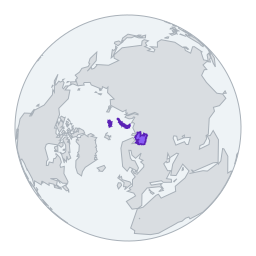 Arkhangel'sk on an orthographic globe, rotated 281°
{"feature_id": "RUS-2354", "entity_name": "Arkhangel'sk", "entity_type": "Region", "adm_level": 1, "iso_a3": "RUS", "parent_name": "Russia", "parent_adm1": "", "projection": "orthographic", "projection_center": [52.194, 71.252], "detail": "fine", "context": "on_globe", "style": "filled", "palette": "violet", "viewbox_px": 256, "rotation_deg": 281, "n_neighbors": 0, "source": "natural_earth", "source_scale": "10m", "svg_char_len": 16482}
<svg xmlns="http://www.w3.org/2000/svg" viewBox="0 0 256 256"><g transform="rotate(281 128 128)"><circle cx="128" cy="128" r="113" fill="#eef3f6" stroke="#a8b0b8"/><path d="M70.5,31.1L84.0,24.3L87.8,22.9L89.5,22.7L106.4,20.6L95.4,20.7L100.4,19.6L106.0,19.1L104.7,19.7L110.8,20.3L116.4,20.3L122.9,23.4L123.9,30.0L121.0,29.2L121.6,31.0L125.3,32.2L127.5,32.6L134.5,41.3L146.1,47.4L151.4,46.9L149.0,49.0L160.1,46.7L167.4,49.0L158.1,47.9L156.4,48.9L160.9,51.2L160.1,52.8L161.8,54.9L160.4,56.6L155.1,56.0L154.1,57.1L157.3,58.7L158.0,61.5L153.4,59.0L154.1,63.8L145.3,63.8L134.1,56.3L128.2,58.2L113.9,55.8L114.2,57.7L109.0,58.2L107.3,60.6L105.2,59.6L105.7,62.4L108.1,62.9L109.1,64.4L108.3,65.9L105.4,64.8L105.4,63.9L104.1,64.4L103.0,63.2L103.1,64.6L99.7,63.2L101.9,66.9L98.2,67.6L96.3,66.0L98.0,63.3L97.7,53.1L96.3,50.9L92.5,50.4L82.1,55.6L79.8,54.4L75.6,55.0L76.2,56.9L79.6,57.2L79.5,61.0L83.8,61.0L84.4,62.6L88.1,63.9L85.9,66.9L81.7,69.1L78.5,68.3L76.5,69.3L78.2,72.8L71.0,73.8L63.9,79.3L62.2,79.3L61.3,74.4L64.7,67.5L63.6,61.5L62.6,68.7L58.4,68.7L57.0,70.2L56.2,72.1L57.1,73.4L55.3,74.2L55.6,67.3L57.3,66.5L57.2,68.6L58.7,65.5L58.9,61.0L56.7,61.5L59.2,54.6L57.7,54.9L57.4,53.7L59.7,53.6L55.7,53.6L58.3,46.4L53.0,47.3L60.1,43.6L63.7,40.7L67.8,37.3L66.9,37.4L73.4,33.2L77.3,29.7L76.0,28.7L71.7,30.6L64.8,35.1L63.9,36.1L59.6,39.6L60.0,38.2L52.0,44.9L51.6,45.2L60.7,37.7L70.5,31.1ZM39.1,58.8L36.8,62.0L36.2,62.8L39.1,58.8ZM35.2,64.2L34.8,64.9L32.5,68.3L27.0,78.5L27.1,78.0L23.1,87.0L26.5,79.1L30.6,71.4L35.2,64.2ZM177.8,27.1L177.7,27.2L176.2,26.3L177.8,27.1ZM178.7,27.8L178.5,27.6L178.9,27.9L178.7,27.8ZM179.6,28.3L178.9,27.9L179.8,28.4L179.6,28.3ZM181.0,29.1L180.2,28.7L180.3,28.7L181.0,29.1ZM52.0,47.1L42.9,56.1L46.8,51.3L46.3,52.1L48.9,49.7L53.2,45.7L56.9,41.9L52.0,47.1ZM182.9,30.3L183.3,30.6L182.6,30.2L182.9,30.3ZM50.8,50.5L52.3,49.0L51.1,50.4L50.8,50.5ZM128.7,32.5L125.4,32.1L122.4,30.4L125.2,30.6L128.7,32.5ZM134.3,36.1L132.5,36.3L132.1,34.1L133.2,34.7L134.3,36.1ZM155.4,46.3L152.9,45.3L155.6,45.7L155.4,46.3ZM162.3,54.8L163.2,54.6L163.7,55.8L162.3,54.8ZM89.1,62.2L88.6,63.0L88.1,62.3L89.1,62.2ZM91.1,62.0L91.0,60.6L91.9,60.3L92.0,61.2L91.1,62.0ZM162.1,59.6L162.5,61.6L161.1,59.4L162.1,59.6ZM91.1,63.8L93.7,60.0L95.3,59.5L97.1,62.4L91.1,63.8ZM162.2,62.7L163.4,67.6L165.6,67.5L159.9,70.7L160.8,65.4L158.7,62.7L160.9,63.6L162.2,62.7ZM109.1,62.4L106.6,62.0L109.4,61.0L109.1,62.4ZM110.6,61.5L117.7,56.5L121.0,58.0L118.0,59.3L122.8,60.3L120.9,63.4L117.9,63.6L116.1,62.0L116.7,64.5L110.6,61.5ZM156.6,71.8L156.1,72.9L155.6,71.6L156.6,71.8ZM109.7,64.9L110.8,63.7L113.8,64.9L112.0,67.5L111.6,66.3L109.7,64.9ZM125.0,59.0L126.9,60.4L125.9,63.4L126.5,64.3L121.2,63.7L125.0,59.0ZM110.6,66.8L111.1,68.8L109.0,69.6L108.8,66.1L110.6,66.8ZM115.3,64.2L116.6,64.9L115.3,65.3L115.3,64.2ZM102.0,73.8L103.2,72.3L104.9,72.8L102.0,73.8ZM111.4,69.5L112.1,69.2L112.9,69.3L112.8,70.7L111.4,69.5ZM120.9,65.8L120.0,66.7L123.0,66.2L122.3,68.4L118.9,67.6L120.1,68.9L120.0,69.6L117.4,68.2L120.9,65.8ZM115.1,72.4L110.5,72.2L107.8,74.9L106.2,74.5L110.9,70.3L115.1,72.4ZM116.7,70.0L115.3,71.4L114.1,70.2L114.2,68.5L116.7,70.0ZM123.2,70.3L125.0,67.1L125.7,67.4L123.2,70.3ZM114.5,73.4L115.6,73.4L114.5,73.7L114.5,73.4ZM120.8,71.5L121.3,70.3L122.1,70.7L120.8,71.5ZM117.4,74.5L115.9,74.4L116.0,73.3L117.4,74.5ZM119.1,73.3L120.1,74.1L116.9,72.9L119.3,72.7L119.1,73.3ZM121.4,72.0L122.0,71.9L121.1,72.5L121.4,72.0ZM118.1,79.0L114.1,77.8L114.2,75.2L118.1,76.7L118.1,79.0ZM58.4,216.6L59.3,217.1L58.0,215.4L50.6,206.2L52.2,204.7L50.5,201.8L46.8,198.8L45.0,195.2L42.9,192.9L30.6,178.2L27.6,170.3L25.7,154.4L28.5,154.2L30.3,149.7L50.4,152.6L53.2,158.0L67.3,168.4L68.8,170.5L65.5,173.9L74.9,186.9L79.8,185.5L89.8,193.5L97.5,196.1L103.0,188.6L90.5,184.2L89.8,179.0L101.2,178.8L112.4,182.5L112.6,180.6L106.8,174.7L110.7,171.9L104.9,172.3L106.3,174.8L102.7,175.1L101.3,172.8L102.7,171.9L99.7,169.9L93.6,175.0L94.3,178.0L85.6,175.4L85.9,180.3L83.1,181.1L81.4,173.0L82.6,170.9L78.5,159.9L76.4,161.8L80.2,172.4L78.4,170.7L75.7,173.7L76.4,170.1L72.8,158.2L65.8,154.3L54.6,156.3L51.0,153.1L49.1,147.5L55.6,140.4L62.8,148.4L65.2,146.1L65.8,139.4L67.9,142.4L69.1,140.7L72.0,143.4L78.1,142.3L81.4,144.4L85.8,139.5L88.1,140.0L84.8,142.7L84.4,145.8L92.8,150.9L95.0,150.5L97.1,146.9L99.1,148.9L100.2,144.8L105.9,145.7L99.7,141.2L102.1,137.1L106.6,135.2L106.3,133.1L98.9,136.1L97.0,138.1L97.1,141.0L90.8,145.9L87.5,145.2L89.8,137.2L85.4,135.4L89.2,130.1L106.8,124.9L113.2,125.2L119.7,134.7L117.1,137.1L113.4,134.8L115.0,140.9L115.7,138.5L117.4,140.1L120.1,136.7L121.4,137.7L121.7,132.8L123.7,133.7L123.5,136.8L129.1,132.7L133.6,133.5L134.3,132.1L133.6,130.4L139.8,132.6L140.0,131.5L138.1,130.3L137.2,127.3L138.0,123.0L140.1,124.0L140.1,125.7L143.2,130.9L142.8,135.3L143.7,135.3L144.6,131.7L140.8,125.4L140.7,122.5L142.9,125.2L142.1,124.0L142.7,122.9L145.3,122.7L143.0,119.7L147.0,106.6L152.3,105.2L153.8,108.9L158.8,101.2L164.4,100.5L162.6,99.3L163.7,95.0L162.0,95.2L161.2,94.4L163.3,83.7L165.5,82.1L164.3,76.4L163.4,75.9L161.8,76.8L159.9,70.7L165.6,67.5L167.5,68.9L169.8,66.1L173.6,69.7L177.8,71.4L180.7,77.2L183.8,78.2L184.3,77.0L189.0,77.5L196.6,82.9L188.0,83.9L176.0,77.2L180.7,80.3L178.9,81.3L180.1,83.4L183.5,85.5L184.3,84.8L185.9,97.0L192.5,106.0L193.9,101.1L197.0,100.3L205.6,106.9L211.8,125.6L216.0,125.2L217.8,127.0L217.5,131.4L214.9,128.8L212.5,130.9L211.1,128.8L209.8,135.2L207.7,132.6L207.6,138.9L210.1,139.5L212.1,134.7L213.0,141.5L217.9,140.4L221.0,143.8L221.1,157.6L217.5,166.5L217.8,168.0L215.1,169.5L213.4,175.2L220.0,175.9L220.5,177.6L216.9,186.1L216.5,185.2L209.3,189.2L209.3,193.9L214.8,191.7L216.8,192.8L213.2,195.9L211.0,195.0L208.5,196.3L208.2,192.7L204.2,189.6L200.4,194.2L199.8,191.8L193.7,190.2L187.8,196.2L179.1,208.5L179.4,214.4L175.8,218.4L167.4,213.5L164.6,207.9L161.0,209.7L152.9,205.9L137.2,208.0L135.5,206.1L132.4,207.2L126.8,205.4L124.5,202.0L120.8,202.1L127.3,210.7L131.3,210.5L135.3,207.2L136.3,210.1L141.8,212.1L133.8,219.0L111.4,223.0L110.1,218.3L98.0,200.7L98.9,199.0L98.9,198.8L98.8,198.4L96.7,200.9L95.0,197.0L100.4,209.8L100.9,214.2L111.0,223.2L109.8,223.6L113.4,225.4L125.9,224.8L125.8,226.1L119.3,231.4L102.8,234.5L105.5,237.4L105.3,238.2L100.3,237.2L91.3,234.5L82.5,231.1L74.1,226.9L66.1,222.1L58.4,216.6ZM41.8,156.0L40.9,157.2L41.8,156.0ZM123.3,190.3L130.7,191.0L129.1,185.0L131.8,184.8L130.2,182.8L128.9,184.5L125.4,179.0L129.2,177.4L129.1,174.5L126.7,174.2L120.3,178.2L125.3,186.0L122.9,188.3L123.3,190.3ZM26.8,78.8L26.0,80.4L26.8,78.7L26.8,78.8ZM46.6,50.9L45.0,52.8L44.0,53.8L45.1,52.5L46.6,50.9ZM34.9,67.0L33.3,69.4L34.6,67.1L34.9,67.0ZM41.7,57.6L36.0,65.1L38.6,60.8L42.2,56.2L40.1,59.1L41.7,57.6ZM50.2,49.8L49.1,51.0L49.0,50.7L50.2,49.8ZM49.9,51.5L50.3,51.1L51.1,50.5L49.9,51.5ZM58.4,69.1L58.3,69.7L57.2,71.6L57.1,70.6L58.4,69.1ZM56.3,81.4L53.4,82.4L55.4,80.9L54.6,79.5L57.8,74.8L61.5,79.1L59.3,77.9L56.3,81.4ZM63.1,69.8L60.6,72.2L63.2,69.4L63.1,69.8ZM72.4,129.0L72.7,131.4L70.6,132.7L66.4,130.3L69.4,128.4L72.4,129.0ZM73.7,134.6L77.1,127.5L79.9,128.8L77.7,129.2L79.2,130.8L76.2,132.0L75.4,140.3L73.5,142.0L66.8,136.4L70.0,137.3L69.5,134.8L73.7,134.6ZM81.2,108.1L82.8,105.3L86.7,111.7L84.8,113.5L80.5,111.2L80.2,107.6L81.2,108.1ZM93.7,69.7L94.0,68.4L94.8,68.7L95.2,70.0L93.7,69.7ZM102.4,73.1L93.0,75.7L93.0,74.3L87.6,77.6L85.3,75.3L88.8,73.3L83.0,74.0L85.3,71.2L81.4,72.2L89.5,67.8L91.4,65.4L90.2,68.9L92.3,71.1L93.8,71.3L99.2,70.1L104.2,66.1L107.0,67.7L107.7,69.9L107.0,71.1L105.4,69.7L105.5,72.3L102.6,71.2L102.4,73.1ZM114.4,96.0L112.8,93.6L112.6,99.2L109.7,97.9L109.9,98.6L107.1,99.0L104.1,100.7L103.0,99.6L102.3,100.8L100.4,101.1L99.1,102.3L96.6,100.9L94.8,102.3L94.7,100.8L92.2,103.6L92.9,100.9L90.7,101.1L91.1,103.6L81.2,93.5L76.5,91.6L72.1,91.5L74.1,87.0L79.4,84.2L86.1,83.1L90.3,85.7L90.4,83.3L92.5,83.8L91.6,85.5L94.3,83.2L95.7,84.2L101.7,83.5L104.7,79.7L106.9,79.5L106.5,81.4L109.0,79.8L109.7,83.2L111.3,83.1L113.6,86.5L111.8,90.4L113.7,90.0L115.5,92.6L114.4,96.0ZM118.6,80.0L117.1,84.8L114.8,86.5L111.8,80.0L110.2,79.6L108.2,75.5L111.7,73.2L111.9,74.6L113.0,75.4L111.5,75.8L113.5,76.0L113.9,77.9L115.5,78.7L114.6,80.0L118.6,80.0ZM71.5,170.3L72.8,171.5L75.2,172.8L73.5,174.7L71.5,170.3ZM68.9,162.2L70.2,162.9L69.0,166.1L67.6,164.9L68.9,162.2ZM72.0,160.5L70.4,162.6L70.5,160.8L72.0,160.5ZM86.2,143.1L87.8,143.6L87.5,144.6L86.2,145.4L86.2,143.1ZM113.2,112.7L112.7,110.9L113.4,110.6L114.5,106.7L116.8,107.4L117.0,110.0L113.2,112.7ZM100.3,189.5L97.5,190.4L96.6,189.2L97.7,189.1L100.3,189.5ZM84.4,183.0L87.5,185.7L83.9,183.5L84.4,183.0ZM115.9,112.8L116.1,111.1L117.1,112.5L115.9,112.8ZM118.5,107.7L119.8,109.1L117.2,107.0L118.5,107.7ZM112.7,239.6L113.4,239.6L119.5,240.0L122.2,239.7L124.7,240.4L122.6,240.5L112.7,239.6ZM227.7,180.3L220.6,191.9L217.5,195.8L218.5,194.3L223.5,187.3L227.7,180.3ZM218.2,194.6L213.2,199.4L204.6,202.1L207.7,199.4L216.3,194.1L215.8,195.2L218.9,192.7L218.2,194.6ZM229.5,175.1L229.0,177.3L225.2,183.6L223.4,186.3L222.2,186.2L222.9,184.1L224.5,181.8L229.3,168.5L231.2,166.1L230.0,170.8L231.5,169.4L229.5,175.1ZM180.0,214.7L183.0,216.2L180.9,217.8L180.0,214.7ZM230.3,161.5L229.0,167.4L229.9,161.2L230.3,161.5ZM230.3,156.8L230.8,157.6L229.7,158.2L230.3,156.8ZM218.6,169.7L217.0,172.4L216.5,171.6L218.3,167.8L218.6,169.7ZM223.3,146.6L224.9,149.2L225.2,150.6L223.7,150.3L223.3,146.6ZM135.4,117.2L131.3,121.8L129.9,125.7L131.5,128.9L127.6,126.5L129.7,120.4L135.4,117.2ZM145.3,107.8L143.9,105.1L145.6,105.0L146.2,105.6L145.3,107.8ZM143.7,107.1L139.9,106.2L139.8,103.9L142.9,105.0L143.7,107.1ZM127.8,109.5L126.4,110.8L125.6,109.6L127.8,109.5ZM238.8,148.3L238.7,148.7L239.3,145.1L238.3,150.2L239.5,143.7L239.6,143.0L238.8,148.3ZM236.5,157.9L236.4,158.5L236.0,159.7L236.5,157.9ZM238.2,151.5L237.0,156.4L237.1,155.7L238.2,151.5L238.2,151.5ZM232.4,167.8L232.9,167.6L234.6,162.9L233.3,166.9L234.1,165.6L233.6,167.1L232.9,168.2L232.1,170.9L231.4,172.6L231.2,172.1L232.2,168.5L232.9,165.9L235.7,158.2L232.4,167.8ZM237.2,154.5L236.9,154.6L237.1,152.9L237.5,152.2L237.2,154.5ZM235.3,155.2L233.8,156.7L232.8,160.1L234.3,152.2L235.6,152.0L235.3,155.2ZM233.3,154.3L232.5,157.5L233.0,153.5L233.3,154.3ZM232.0,157.6L231.4,156.8L232.3,154.9L232.0,157.6ZM233.8,153.0L233.2,150.5L234.0,150.6L233.8,153.0ZM229.7,154.9L232.5,152.5L229.7,157.4L227.4,153.5L228.4,151.0L229.7,154.9ZM221.6,122.8L220.1,122.0L220.4,119.3L221.3,120.6L221.6,122.8ZM220.1,110.1L220.0,118.3L219.7,125.0L220.8,124.0L222.6,127.6L219.8,127.9L218.5,121.5L219.1,116.8L217.2,114.1L216.4,109.6L213.5,107.7L212.5,105.2L215.3,105.6L220.1,110.1ZM212.2,107.1L206.9,102.5L208.4,98.5L209.9,98.7L211.7,102.4L210.8,104.3L212.2,107.1ZM206.0,100.2L205.1,102.0L195.3,99.5L193.6,98.1L201.9,97.7L201.4,99.4L203.6,100.7L206.0,100.2ZM157.3,73.2L156.2,72.9L157.2,72.3L157.3,73.2ZM160.2,94.6L159.3,93.3L160.5,92.6L160.2,94.6ZM157.5,89.5L156.8,91.1L156.7,88.9L157.5,89.5ZM155.3,95.0L156.0,91.6L156.5,95.5L155.3,95.0Z" fill="#d9dde1" stroke="#a8b0b8" stroke-width="1"/><path d="M114.6,140.5L115.3,141.1L116.0,140.7L115.9,140.3L116.0,140.1L115.5,140.0L115.0,139.1L115.0,138.7L115.4,138.7L115.4,138.4L116.6,139.3L116.3,139.3L116.2,139.6L116.6,139.3L117.4,140.0L117.7,140.0L117.7,139.8L117.9,140.1L118.2,140.2L118.2,139.8L118.3,139.8L117.9,138.5L118.0,138.2L118.9,137.5L119.7,137.2L120.2,136.6L120.5,136.9L120.4,137.0L121.0,137.0L121.3,137.4L120.9,137.6L121.0,137.7L121.1,137.9L121.0,137.7L121.4,137.5L121.6,138.2L121.6,137.5L121.8,137.1L123.9,138.5L124.4,138.5L124.8,137.9L125.5,138.0L125.4,139.7L125.9,139.7L126.2,140.5L126.6,140.7L126.4,141.2L125.8,141.0L124.8,141.7L124.5,141.4L123.3,141.4L122.2,141.6L123.3,142.5L123.5,142.9L123.4,143.3L123.9,143.7L123.4,144.3L123.6,145.6L124.4,145.4L124.6,144.6L125.7,144.6L125.1,146.6L125.4,146.9L125.3,147.6L124.5,147.8L124.4,148.2L123.6,147.8L123.3,147.8L123.0,148.1L122.6,147.7L122.0,147.7L121.9,147.4L121.6,147.3L121.4,147.9L120.3,147.4L119.7,147.9L118.6,147.7L118.2,147.4L117.7,147.4L117.6,147.8L117.1,147.4L116.3,147.5L116.0,147.3L115.6,147.4L115.4,147.0L115.1,147.2L114.6,145.9L114.7,145.2L115.0,144.6L114.9,144.1L114.6,144.1L114.9,143.6L114.9,143.3L114.1,142.7L114.0,142.2L113.9,141.1L114.5,141.1L114.6,140.5ZM130.5,121.1L129.9,121.0L130.3,120.7L129.8,120.4L129.9,120.1L130.2,120.4L130.4,119.8L130.8,119.9L130.6,119.5L131.2,118.8L131.9,118.4L131.7,118.3L131.8,118.2L132.1,118.1L131.9,118.4L132.0,118.4L132.2,118.1L132.1,117.8L132.8,117.9L133.5,117.5L134.0,116.9L134.3,116.9L134.1,116.7L134.7,115.8L135.1,115.8L135.5,116.2L135.3,117.1L133.5,118.7L132.7,119.5L132.6,119.8L132.5,119.7L132.3,120.3L131.9,120.4L132.3,120.5L132.1,120.7L132.2,120.8L131.8,120.8L132.0,121.0L131.9,121.2L131.6,120.9L131.7,121.1L131.7,121.5L131.1,121.3L131.4,121.6L131.5,121.9L131.3,122.0L131.2,122.1L131.2,122.5L130.9,122.1L130.7,122.3L131.1,122.6L131.1,122.8L131.1,123.0L130.8,122.8L130.4,122.7L130.8,122.8L131.0,123.1L130.9,123.4L130.5,123.1L130.8,123.5L130.6,123.8L130.6,124.0L130.2,123.9L130.1,123.6L130.1,123.9L129.5,123.6L129.2,123.9L129.3,123.3L129.7,123.1L129.2,123.4L128.8,123.1L129.4,122.6L129.5,122.2L130.0,122.3L129.5,122.0L129.9,122.0L129.6,121.8L129.7,121.7L130.2,121.6L129.8,121.5L129.7,121.3L130.5,121.1ZM127.5,126.9L127.6,126.3L128.1,126.4L128.2,126.2L128.4,125.8L128.3,125.6L128.5,125.3L128.3,125.3L128.6,125.3L128.1,125.1L128.7,124.8L128.5,124.6L128.5,124.4L128.6,124.1L129.1,124.0L129.5,123.7L130.4,124.0L130.5,124.2L130.1,124.4L130.4,124.4L130.4,124.5L130.0,124.6L130.3,124.5L130.3,124.8L129.9,124.9L130.2,125.1L130.0,125.4L129.8,125.3L130.0,125.5L129.7,125.6L129.9,125.6L129.9,125.9L130.0,126.1L129.8,126.6L130.0,126.7L130.5,127.9L131.5,128.9L131.4,128.9L131.5,128.9L131.4,129.1L131.0,129.0L131.3,129.2L130.6,129.0L130.9,129.2L130.8,129.3L130.1,128.9L130.1,129.1L129.9,129.3L129.5,128.8L129.7,129.2L128.9,128.9L128.7,128.8L129.0,128.8L128.8,128.3L129.3,128.2L128.8,128.0L129.1,127.6L128.8,127.9L128.7,127.6L128.8,127.4L128.4,127.7L128.2,127.2L128.1,127.6L128.0,127.3L128.1,127.6L127.8,127.6L127.6,127.4L127.5,126.9ZM127.8,109.5L127.6,109.8L127.2,109.9L127.2,110.1L126.9,110.1L126.8,110.3L127.0,110.5L126.8,110.4L126.7,110.7L126.6,110.4L126.3,110.5L126.2,110.2L126.7,110.2L126.4,109.9L127.0,109.8L127.2,109.5L127.0,109.4L127.4,109.0L127.5,109.1L127.3,109.2L127.6,109.1L127.4,109.4L127.8,109.5ZM131.1,109.0L131.2,109.4L130.9,109.9L130.4,109.9L130.3,109.7L130.2,109.5L130.3,109.1L131.1,109.0ZM131.2,109.0L131.6,108.6L131.6,108.2L131.9,108.2L132.1,108.6L131.5,109.2L131.2,109.0ZM126.5,109.7L126.0,109.9L126.0,109.7L125.7,109.5L126.5,109.2L126.9,109.6L126.6,109.3L126.4,109.5L126.5,109.7ZM129.8,110.5L129.5,109.9L130.3,110.1L130.0,110.1L130.0,110.3L129.8,110.5ZM129.0,109.0L128.7,108.9L128.8,108.7L129.2,108.8L129.7,109.3L129.5,109.5L129.4,109.2L129.0,109.0ZM129.2,110.6L129.3,110.1L129.6,110.1L129.7,110.4L129.6,110.7L129.2,110.6ZM129.0,108.5L129.0,108.4L129.3,108.4L129.2,108.1L129.3,108.1L129.7,108.3L129.0,108.5ZM128.6,110.3L128.0,110.3L128.3,110.1L128.6,110.3ZM130.4,108.8L130.6,108.6L130.9,108.5L130.7,108.9L130.4,108.8ZM129.6,109.1L129.4,108.8L129.2,108.7L129.9,109.0L129.6,109.1ZM129.9,108.0L129.3,108.0L129.6,107.8L129.9,108.0ZM129.2,109.3L128.9,109.5L128.6,109.3L129.2,109.3ZM128.7,128.1L128.5,128.6L128.0,127.9L128.3,127.7L128.7,128.1ZM130.0,107.2L129.6,107.5L129.7,107.2L130.0,107.2ZM129.3,109.6L129.0,109.5L129.5,109.5L129.3,109.6ZM130.6,110.7L130.2,110.7L130.5,110.5L130.6,110.7ZM131.2,107.5L130.8,107.4L131.3,107.3L131.2,107.5ZM130.0,109.3L129.8,109.2L130.1,109.1L130.0,109.3ZM127.6,110.7L127.8,111.0L127.3,110.9L127.6,110.7ZM130.0,108.7L129.9,108.9L129.7,108.8L129.8,108.6L130.0,108.7ZM127.4,110.5L127.2,110.7L127.4,110.5ZM128.5,109.9L128.5,109.7L128.7,109.9L128.5,109.9ZM130.0,108.3L129.9,108.2L130.1,108.2L130.0,108.3ZM129.4,108.5L129.7,108.4L129.8,108.4L129.4,108.5ZM127.5,108.8L127.4,108.7L127.6,108.7L127.4,108.9L127.5,108.8ZM118.2,140.1L117.9,140.1L117.9,139.9L117.7,139.8L118.0,139.8L118.1,140.0L118.2,140.1ZM129.1,110.2L129.0,110.4L128.9,110.3L129.0,110.2L129.1,110.2ZM128.8,109.9L128.8,110.1L128.7,110.1L128.8,109.9ZM128.7,110.3L128.7,110.5L128.6,110.3L128.7,110.3ZM118.1,140.0L117.9,139.7L118.1,139.7L118.1,140.0ZM130.5,108.2L130.5,108.3L130.3,108.2L130.5,108.2ZM128.9,110.0L128.8,109.9L128.9,110.0ZM130.2,110.8L130.3,110.9L130.1,110.9L130.2,110.8ZM130.7,107.5L130.8,107.6L130.7,107.5ZM120.5,136.2L120.6,136.4L120.5,136.2L120.5,136.2ZM130.1,108.4L130.3,108.5L130.0,108.4L130.1,108.4ZM129.8,107.7L129.7,107.7L129.9,107.6L129.8,107.7ZM131.1,118.7L131.4,118.5L131.1,118.7L131.1,118.7ZM131.0,129.2L131.3,129.3L131.2,129.3L131.0,129.2ZM128.9,110.0L129.0,110.0L128.9,110.0ZM128.7,127.8L128.8,127.9L128.6,127.8L128.7,127.8Z" fill="#8b5cf6" stroke="#5b21b6" stroke-width="1.5"/></g></svg>